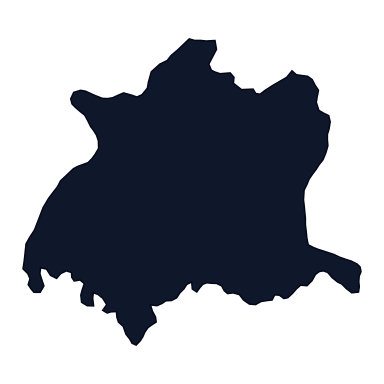 Araporã, Minas Gerais, Brazil (Natural Earth projection)
{"feature_id": "56859067B27998656186706", "entity_name": "Araporã", "entity_type": "district", "adm_level": 2, "iso_a3": "BRA", "parent_name": "Brazil", "parent_adm1": "Minas Gerais", "projection": "natural_earth1", "projection_center": [-49.124, -18.476], "detail": "fine", "context": "isolated", "style": "filled", "palette": "ink", "viewbox_px": 384, "rotation_deg": 0, "n_neighbors": 0, "source": "geoboundaries", "source_scale": "gbopen_adm2", "svg_char_len": 2544}
<svg xmlns="http://www.w3.org/2000/svg" viewBox="0 0 384 384"><path d="M292.0,70.8L286.7,77.3L272.1,85.8L265.0,90.4L260.1,94.2L255.7,93.5L253.1,89.1L241.5,89.6L233.4,83.2L234.0,77.3L230.2,72.9L220.0,73.7L215.2,72.1L211.4,70.3L208.8,64.1L216.5,49.4L215.0,40.5L206.4,41.0L200.3,40.4L194.7,40.4L189.2,38.9L177.6,50.0L171.2,55.4L167.2,60.5L159.8,64.1L151.3,71.8L148.4,82.2L147.4,88.1L142.0,94.7L136.9,97.0L132.1,95.3L123.6,92.9L119.3,94.7L112.5,97.8L107.3,98.6L102.2,98.3L94.3,95.2L85.3,91.1L80.5,90.3L73.7,92.4L70.7,98.8L72.0,103.9L75.1,107.1L79.8,111.2L84.7,115.1L87.5,120.2L90.7,126.7L93.4,130.2L96.4,134.9L98.4,140.8L98.6,148.4L94.9,154.7L91.8,158.8L88.1,162.6L77.5,166.5L73.3,168.8L60.5,180.9L57.6,186.6L53.0,192.5L48.7,198.2L43.2,207.4L34.5,230.0L29.7,237.3L26.0,244.0L24.7,256.6L24.1,261.7L23.0,268.8L27.8,273.6L30.0,278.7L28.2,284.6L30.9,288.7L33.9,292.3L40.2,292.3L43.9,285.9L41.6,279.2L39.9,273.6L40.6,267.8L46.5,269.1L50.5,275.4L56.6,278.4L60.7,273.6L66.3,270.9L71.5,272.5L71.8,277.4L74.2,281.0L80.1,280.0L84.3,283.6L82.3,289.5L80.8,295.1L81.6,302.3L87.2,305.7L93.6,305.9L92.7,298.2L93.3,292.8L97.9,294.4L102.7,298.2L106.7,304.6L102.7,310.3L107.1,313.0L111.3,311.8L116.4,311.6L116.9,317.3L118.5,322.2L123.2,326.3L126.0,334.3L129.8,339.1L132.0,343.2L136.1,345.1L140.2,340.9L142.8,336.8L144.8,332.2L148.0,327.6L151.9,324.8L156.2,322.0L155.5,317.0L152.4,311.1L150.5,304.9L157.0,305.7L162.3,303.3L165.8,300.8L171.5,300.5L176.6,297.9L180.1,292.6L183.8,289.0L186.8,284.4L191.7,282.0L192.3,289.0L196.8,292.0L199.7,287.9L202.8,284.3L206.7,282.8L212.1,283.3L216.5,283.4L221.7,285.9L224.3,290.8L227.6,293.6L233.1,292.9L239.4,294.6L243.5,300.0L249.4,304.1L255.5,304.6L261.1,301.5L267.6,300.5L272.1,300.0L274.7,294.9L279.4,295.2L283.8,298.5L287.8,297.7L292.3,293.6L296.3,289.0L300.6,285.2L307.0,285.7L312.0,280.7L315.5,274.4L319.4,271.5L323.5,270.9L327.8,272.5L332.0,277.5L337.7,282.1L341.9,284.1L346.2,288.5L351.8,292.8L358.5,292.1L359.3,286.7L358.8,281.6L359.2,276.1L361.0,271.7L360.1,267.0L357.1,264.0L351.5,261.2L345.0,259.1L339.4,257.1L334.1,254.5L329.1,252.9L323.9,251.2L318.3,249.4L313.7,247.6L308.2,244.8L306.9,238.3L306.3,232.3L305.4,224.6L305.4,217.9L304.8,212.3L304.3,206.6L303.5,199.7L304.1,190.2L307.0,184.3L309.1,179.1L312.6,174.0L316.1,169.4L319.3,164.4L323.0,159.8L325.9,152.8L327.9,145.7L327.4,139.7L327.4,134.4L329.0,129.2L330.2,121.8L328.7,115.6L323.5,113.1L318.9,110.4L316.3,102.4L317.2,96.7L318.5,90.3L315.0,85.0L312.2,79.6L307.7,76.3L301.7,75.5L296.3,74.7L292.0,70.8Z" fill="#0f172a" stroke="#020617" stroke-width="1.5"/></svg>